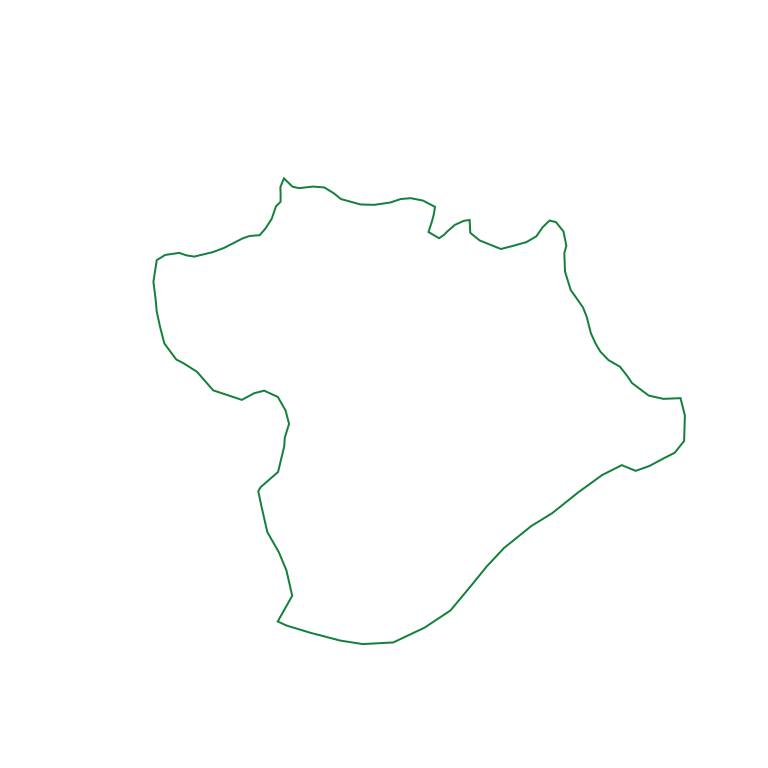 Tanjung Manis, Sarawak, Malaysia, rotated 229°
{"feature_id": "92858781B89003651780550", "entity_name": "Tanjung Manis", "entity_type": "district", "adm_level": 2, "iso_a3": "MYS", "parent_name": "Malaysia", "parent_adm1": "Sarawak", "projection": "orthographic", "projection_center": [111.343, 2.279], "detail": "fine", "context": "isolated", "style": "outline", "palette": "green", "viewbox_px": 768, "rotation_deg": 229, "n_neighbors": 0, "source": "geoboundaries", "source_scale": "gbopen_adm2", "svg_char_len": 1570}
<svg xmlns="http://www.w3.org/2000/svg" viewBox="0 0 768 768"><g transform="rotate(229 384 384)"><path d="M589.0,419.2L582.3,407.5L579.0,396.0L577.9,387.8L583.9,379.6L586.6,373.0L591.6,352.7L595.9,341.2L604.7,324.3L610.7,319.3L617.3,315.5L625.0,303.4L626.1,296.3L626.6,293.8L612.4,277.0L598.6,267.8L587.9,260.1L574.1,252.5L558.7,244.8L538.8,243.3L531.2,246.3L515.8,250.9L503.6,250.9L491.3,250.9L465.3,266.3L462.2,280.0L457.6,289.2L443.8,295.4L428.5,292.3L416.2,286.2L408.6,273.9L402.4,267.8L387.1,246.3L387.1,235.6L387.1,223.3L385.6,218.8L371.8,211.1L348.8,198.8L325.8,194.2L307.4,188.1L284.4,175.8L274.5,148.0L265.8,151.9L244.4,165.3L219.0,182.7L201.6,197.4L182.9,221.4L173.5,254.8L169.5,285.6L174.9,319.0L178.9,341.7L181.5,367.1L180.2,401.9L176.2,426.0L174.8,459.4L172.2,488.8L166.8,510.2L153.4,516.9L148.1,530.3L144.1,547.6L141.4,558.3L144.1,573.1L162.8,590.4L178.8,598.5L189.5,585.1L201.6,576.2L221.9,571.8L231.2,572.9L242.2,573.4L254.7,569.1L266.3,568.5L275.6,570.2L286.5,573.4L301.8,581.1L311.2,584.4L332.5,586.6L350.0,594.3L364.3,605.8L368.7,612.3L381.3,619.5L393.3,620.0L398.8,616.2L398.2,606.3L395.5,595.9L397.7,584.4L403.7,571.8L409.2,560.8L429.5,550.4L441.5,548.3L451.6,556.2L454.8,551.3L457.6,541.9L457.6,536.6L457.6,532.1L457.2,526.8L457.9,521.2L469.5,517.3L475.5,527.2L479.3,532.8L484.2,538.7L496.8,533.8L506.7,526.1L512.6,518.0L516.8,507.9L525.6,494.2L535.0,484.0L551.9,472.8L560.3,471.4L571.5,467.9L579.6,459.9L587.6,448.3L592.9,444.4L604.8,443.4L600.6,435.0L594.6,430.1L589.4,425.5L589.0,419.2Z" fill="none" stroke="#15803d" stroke-width="2"/></g></svg>